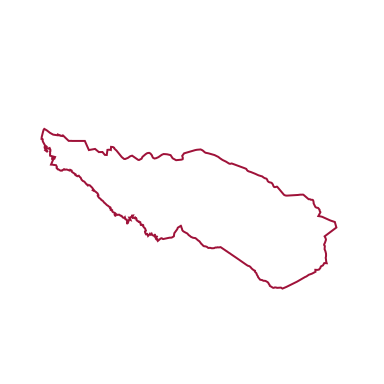 the district of Budeasa, Arges, Romania, rotated 145°
{"feature_id": "2599482B19547720814446", "entity_name": "Budeasa", "entity_type": "district", "adm_level": 2, "iso_a3": "ROU", "parent_name": "Romania", "parent_adm1": "Arges", "projection": "albers", "projection_center": [24.821, 44.946], "detail": "fine", "context": "isolated", "style": "outline", "palette": "rose", "viewbox_px": 384, "rotation_deg": 145, "n_neighbors": 0, "source": "geoboundaries", "source_scale": "gbopen_adm2", "svg_char_len": 6047}
<svg xmlns="http://www.w3.org/2000/svg" viewBox="0 0 384 384"><g transform="rotate(145 192 192)"><path d="M173.3,61.0L169.1,60.1L157.3,58.3L148.1,57.5L146.7,57.2L143.8,57.2L140.6,56.3L136.6,55.8L135.6,57.5L133.5,56.0L132.1,55.6L131.6,55.9L130.4,56.2L129.2,57.1L126.8,56.8L124.4,57.9L122.5,56.4L121.9,58.2L120.7,60.3L120.5,60.9L120.0,61.7L119.5,62.0L118.6,63.1L117.6,64.6L116.7,66.9L116.2,69.1L114.3,71.4L114.1,72.0L114.2,72.6L113.8,73.3L112.3,74.1L109.7,76.0L109.4,76.5L109.0,78.0L108.8,79.6L94.1,80.1L92.2,85.5L95.0,89.3L99.6,97.0L100.9,98.5L102.3,99.8L98.4,101.8L98.3,102.1L98.3,102.9L98.2,103.5L97.7,104.3L97.8,106.2L97.9,106.7L99.1,107.9L99.5,109.1L98.9,112.9L98.4,113.6L97.8,114.9L97.6,115.7L97.6,116.1L97.9,116.6L99.1,117.5L99.5,118.4L100.6,119.2L102.3,125.8L102.6,126.2L105.0,127.8L106.9,128.8L116.5,134.7L117.3,135.4L118.1,136.5L118.3,137.3L119.2,147.4L119.4,147.7L120.7,148.1L121.7,148.8L121.9,149.3L121.9,150.0L121.5,151.7L121.4,153.2L121.9,154.4L122.9,155.4L123.5,156.4L123.7,157.7L123.3,159.2L123.4,160.2L124.0,161.1L124.3,161.3L125.1,162.9L125.5,164.4L128.0,167.6L129.8,170.7L132.4,174.7L133.6,176.2L134.2,177.3L134.4,178.1L134.3,179.8L135.1,181.1L143.1,192.6L144.6,193.2L145.3,194.0L146.8,197.5L148.6,200.7L149.8,203.8L150.3,205.6L152.4,209.4L156.4,214.3L158.4,216.4L158.8,217.4L159.3,219.5L159.7,220.5L160.5,221.9L163.8,223.8L165.4,224.5L176.3,228.2L179.3,227.2L180.0,225.1L180.9,224.2L182.2,224.6L186.8,227.2L188.5,230.7L188.4,234.5L190.7,237.1L192.0,238.2L193.5,239.4L195.4,239.8L199.5,239.8L202.1,240.3L203.6,241.0L204.3,242.5L204.1,244.2L203.8,244.9L204.0,247.4L204.7,248.7L206.4,249.5L208.2,249.6L212.4,249.2L214.2,248.2L217.1,248.6L217.7,249.3L220.2,256.1L222.0,256.7L225.0,256.7L227.9,257.4L228.7,258.1L229.5,260.9L230.1,269.3L230.5,271.1L230.7,272.5L230.4,272.9L231.0,274.2L232.4,275.4L234.4,273.0L234.6,273.3L236.0,274.4L237.1,275.0L240.6,271.2L242.1,272.4L242.4,276.1L245.4,278.1L246.7,282.9L252.4,285.5L250.5,295.3L263.7,304.6L265.2,312.1L265.3,312.1L265.6,312.5L266.1,312.2L267.5,313.5L267.3,313.7L268.9,316.0L269.4,315.4L272.8,318.6L274.4,321.9L275.6,325.8L276.8,328.4L277.8,328.1L279.7,326.6L283.6,323.2L284.8,321.8L284.1,321.2L284.1,320.7L284.8,319.9L285.2,318.9L285.7,314.7L285.3,313.3L286.2,313.7L286.7,313.6L287.1,313.2L287.4,312.5L287.6,310.7L288.3,310.5L287.6,308.3L287.1,308.4L287.2,310.1L287.0,311.4L286.6,311.8L286.2,311.8L285.4,311.0L285.1,310.6L284.9,310.0L283.4,309.7L283.7,308.2L283.9,308.2L284.4,306.8L285.1,306.5L286.2,304.8L286.9,304.0L287.4,303.1L284.1,299.2L285.5,298.3L286.7,300.4L287.6,299.4L286.6,298.5L291.8,295.3L291.6,295.1L290.8,294.7L290.3,294.1L290.2,293.9L289.1,293.0L288.0,291.9L288.3,290.0L288.9,289.7L289.2,289.1L289.0,288.6L289.0,287.9L288.8,287.9L287.6,285.2L287.2,284.7L286.7,284.5L286.3,284.1L285.9,284.3L284.2,283.9L284.1,284.1L283.7,284.1L283.3,283.1L282.9,283.0L282.0,282.5L281.2,281.6L279.9,279.7L279.1,280.1L278.3,278.7L278.3,278.4L278.8,277.7L278.7,277.0L277.3,273.4L277.8,273.3L277.8,272.7L276.9,270.7L276.1,270.6L275.8,270.2L275.4,270.2L275.3,269.0L275.3,268.7L275.0,267.7L275.1,266.8L275.4,265.7L275.2,264.2L275.0,263.5L274.5,262.8L274.4,262.4L274.2,261.9L274.0,259.0L273.9,258.5L273.5,258.1L273.7,257.9L273.6,257.2L273.1,257.3L272.9,256.8L272.1,256.4L271.9,256.1L271.3,252.8L271.3,250.8L272.3,250.5L271.8,249.3L271.2,249.3L271.1,248.3L270.6,246.9L270.1,244.8L270.3,244.5L270.5,243.8L270.4,243.3L270.6,242.9L271.4,242.9L271.5,242.0L271.4,240.3L270.9,238.9L270.8,237.6L270.7,237.0L270.3,236.5L270.1,235.5L270.0,233.5L269.8,233.1L269.2,230.0L268.6,228.7L268.6,228.0L268.0,227.0L267.7,226.1L268.5,225.6L268.3,224.7L268.5,224.2L268.3,224.2L268.4,223.8L268.3,223.6L268.5,223.6L268.4,223.4L267.9,223.3L267.8,222.8L268.1,222.4L268.4,221.9L268.4,221.5L268.2,220.7L267.8,220.0L267.3,219.4L267.0,218.4L267.1,218.2L268.3,218.0L268.5,217.5L268.6,216.9L268.4,216.5L267.9,216.5L266.6,216.9L266.2,216.0L265.5,215.6L265.1,215.5L264.5,215.0L264.3,214.0L263.9,213.2L263.4,212.9L263.3,210.8L262.7,210.1L262.5,209.5L261.5,209.8L262.0,208.3L262.1,207.7L261.3,206.8L261.8,205.7L261.9,205.1L262.3,204.8L262.4,204.1L262.9,204.1L263.2,203.6L262.9,203.3L262.5,203.3L259.1,205.6L258.4,204.4L258.1,205.5L258.0,206.9L257.6,206.6L255.4,206.4L254.7,207.1L253.8,206.6L255.1,205.9L255.5,204.8L254.5,204.3L254.1,203.6L253.9,203.9L253.2,203.8L253.3,203.2L252.7,202.7L253.0,201.5L253.6,200.6L253.2,199.4L252.5,198.5L252.8,198.0L252.5,197.7L251.8,197.2L251.7,196.9L252.1,196.5L252.2,196.2L252.1,195.5L252.8,194.6L252.8,194.3L252.4,193.9L251.3,193.5L251.0,193.1L251.0,192.7L251.6,192.2L251.7,191.9L251.6,190.0L251.4,189.5L251.4,188.7L251.6,188.3L251.9,186.8L252.3,186.6L253.0,186.7L253.3,186.5L253.7,185.4L253.9,184.3L253.9,183.8L253.2,183.8L252.8,183.5L253.1,182.6L252.9,182.3L253.0,181.9L253.2,181.2L251.4,181.6L250.5,181.9L250.6,181.1L250.4,180.6L250.1,180.5L249.0,180.9L249.2,179.9L249.1,179.3L248.6,178.4L247.8,178.1L247.0,178.3L246.9,178.2L247.0,178.0L248.0,177.2L248.2,176.9L248.1,176.5L246.4,175.8L246.3,175.6L248.2,174.6L247.6,173.6L248.2,173.4L248.1,173.2L247.9,172.4L248.1,172.1L248.1,171.8L247.7,172.0L247.3,171.8L247.3,171.6L244.4,171.9L243.3,171.5L243.0,170.5L242.6,170.0L236.7,167.5L234.8,166.3L232.3,166.1L230.1,168.4L225.4,170.0L224.1,170.9L220.5,170.7L220.5,170.3L221.0,169.0L221.3,167.6L221.8,166.5L221.8,165.3L221.3,163.9L219.6,160.6L219.5,159.1L219.4,158.3L219.1,157.9L218.6,155.9L217.4,153.9L215.6,152.2L214.7,148.6L214.2,147.4L214.1,144.1L213.8,143.1L213.7,141.8L213.2,140.6L212.3,139.9L211.3,138.6L210.9,137.2L210.7,136.8L209.1,135.8L208.0,134.5L206.2,133.4L204.7,133.1L203.6,132.3L203.0,132.2L201.8,131.2L201.0,130.8L200.4,130.6L200.1,130.2L193.3,112.3L189.0,100.6L188.5,99.5L187.8,98.7L187.3,97.7L187.1,96.6L187.0,95.1L186.4,92.9L185.6,91.4L186.1,90.9L186.1,89.9L185.9,89.1L185.9,88.3L186.3,87.1L186.4,85.1L186.7,84.4L186.5,81.1L184.9,79.4L184.5,78.4L183.2,77.4L182.7,76.8L181.8,74.9L181.6,74.0L181.8,72.6L181.7,71.6L182.1,70.5L181.7,69.7L180.7,67.3L180.3,66.8L179.7,66.5L178.8,66.3L177.8,65.4L177.3,64.7L174.0,62.7L173.3,61.0Z" fill="none" stroke="#9f1239" stroke-width="2"/></g></svg>